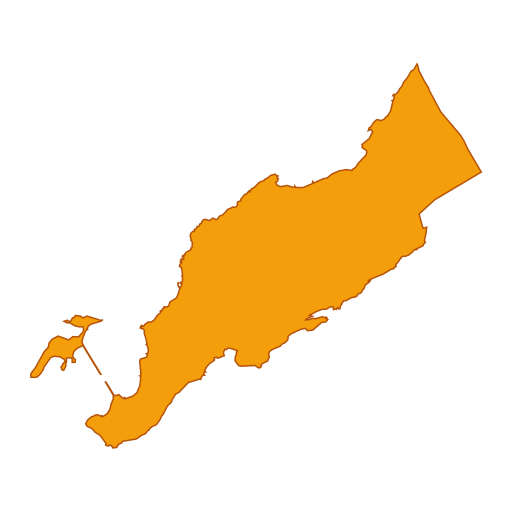 outline of Frosta nor, Nord-Trøndelag, Norway
{"feature_id": "86288312B77000887435239", "entity_name": "Frosta nor", "entity_type": "district", "adm_level": 2, "iso_a3": "NOR", "parent_name": "Norway", "parent_adm1": "Nord-Trøndelag", "projection": "orthographic", "projection_center": [10.738, 63.607], "detail": "fine", "context": "isolated", "style": "filled", "palette": "amber", "viewbox_px": 512, "rotation_deg": 0, "n_neighbors": 0, "source": "geoboundaries", "source_scale": "gbopen_adm2", "svg_char_len": 6033}
<svg xmlns="http://www.w3.org/2000/svg" viewBox="0 0 512 512"><path d="M425.3,242.6L424.4,240.2L425.9,233.8L426.7,227.2L423.4,228.2L422.5,226.7L419.1,214.0L434.8,199.7L481.3,172.1L467.7,148.9L464.1,141.1L460.5,135.2L440.9,112.1L429.1,90.1L428.6,88.0L424.4,81.2L419.0,70.8L417.7,65.4L417.0,64.0L413.5,70.0L411.1,71.2L407.3,77.8L403.7,82.1L401.9,86.4L399.5,89.0L398.8,90.8L395.6,94.6L393.8,94.3L393.0,95.3L392.8,95.7L393.9,95.6L394.2,96.4L393.8,99.2L393.3,100.3L392.0,100.6L392.8,101.7L390.6,110.9L387.5,116.0L386.1,116.7L384.1,119.3L380.2,120.8L379.2,119.9L376.7,119.7L373.9,122.1L371.2,126.3L368.7,128.3L369.0,129.2L368.3,130.6L371.2,129.5L372.7,131.7L369.2,138.6L361.9,144.6L362.5,145.5L362.1,147.6L366.5,150.6L366.8,152.3L366.0,155.0L358.2,163.3L355.6,167.4L352.4,169.5L352.1,170.5L346.2,169.6L339.0,170.9L332.0,174.0L326.9,178.1L323.8,178.5L313.7,183.0L313.2,183.0L312.7,181.4L312.5,181.7L313.1,183.3L303.0,187.6L295.8,187.4L294.9,186.2L295.0,187.2L294.8,187.4L292.8,187.2L287.3,185.5L280.6,186.6L278.8,186.1L276.8,184.7L275.6,182.2L277.4,181.4L278.3,178.8L277.5,178.4L277.0,177.0L278.7,175.5L277.2,176.2L275.1,174.1L270.5,175.5L267.5,178.1L265.2,179.0L264.2,180.4L259.3,182.3L254.2,187.5L251.2,189.0L250.7,190.7L249.6,192.1L248.8,191.6L249.6,191.0L249.2,190.6L246.3,194.1L244.7,194.5L241.2,198.7L240.5,200.1L240.8,200.9L237.8,201.8L237.2,203.6L237.6,204.8L236.2,206.8L234.3,207.4L233.4,206.9L227.3,209.6L226.2,211.4L222.2,215.2L219.6,216.0L217.1,219.4L215.6,219.5L213.1,218.1L209.2,220.6L205.0,219.3L202.7,220.3L201.0,223.7L199.9,223.9L199.0,226.2L197.1,226.6L196.1,228.8L194.4,229.4L194.7,230.5L194.2,231.5L192.8,231.3L190.7,233.6L190.1,236.4L190.8,237.6L190.9,240.4L192.2,241.9L192.3,244.3L191.9,247.8L190.8,248.2L191.0,249.6L186.4,252.2L185.0,253.7L184.5,255.5L183.0,255.3L182.4,256.5L183.7,256.2L183.2,257.8L183.7,258.0L183.5,259.4L181.3,259.0L180.5,259.9L180.9,260.5L180.4,261.9L181.6,261.6L181.9,262.3L179.9,264.6L179.5,266.5L181.1,267.0L181.8,269.3L182.6,275.0L182.5,275.8L181.9,275.9L182.5,277.1L182.4,278.7L182.7,279.7L182.3,281.4L179.9,282.9L182.0,283.6L180.2,288.1L178.8,286.7L178.1,284.7L178.0,283.4L178.5,282.4L177.8,283.0L178.1,285.5L178.6,286.6L179.8,288.3L178.4,293.4L176.5,297.8L169.8,302.1L168.9,305.6L167.1,307.0L163.9,306.9L164.0,307.9L162.1,309.3L162.3,309.8L162.1,310.7L160.4,310.8L160.2,311.3L160.6,311.8L160.2,313.0L157.3,315.3L154.5,319.7L151.1,322.1L148.2,322.0L145.2,324.1L143.6,326.3L141.8,325.3L140.5,326.7L140.3,327.8L141.4,327.3L141.2,328.3L141.6,328.7L143.3,328.9L144.3,330.3L144.4,332.3L144.1,332.8L146.0,338.9L146.9,343.7L146.2,344.5L147.1,344.9L148.1,348.7L148.3,350.9L147.7,353.4L146.3,353.8L147.5,354.7L146.7,357.2L140.6,359.0L139.8,360.5L139.7,362.9L140.4,366.2L140.2,368.6L140.6,369.2L140.8,373.0L140.7,375.7L139.9,375.9L140.7,376.5L140.4,381.2L139.7,386.0L136.9,392.7L132.9,396.1L125.5,398.7L124.7,397.4L124.3,397.8L124.7,398.4L124.2,398.7L122.1,397.7L118.8,394.6L117.3,395.4L114.1,395.4L106.7,383.2L105.0,381.4L113.4,395.4L113.2,399.1L110.9,404.7L110.4,407.4L109.4,410.2L107.2,413.7L103.0,416.5L101.8,416.5L102.3,416.0L102.0,415.6L100.8,416.0L97.7,414.8L94.9,415.1L93.7,416.2L91.7,416.6L87.9,419.7L85.6,423.8L87.3,426.4L91.8,428.4L95.1,432.2L100.0,435.3L105.7,442.9L106.1,444.1L105.6,444.6L105.9,445.4L108.5,446.0L110.1,444.9L112.0,446.3L112.9,448.0L116.6,447.4L117.7,446.0L118.2,444.5L121.4,443.1L122.7,441.3L136.2,439.0L141.9,435.1L145.2,433.9L148.0,430.4L149.1,430.1L149.5,428.7L152.5,426.4L156.3,424.7L160.1,419.5L161.9,415.5L163.0,414.6L167.4,406.0L171.2,402.3L171.9,400.9L171.8,400.4L175.6,394.1L178.9,392.4L188.3,382.6L199.0,379.2L200.8,379.4L200.9,378.2L202.7,375.2L204.5,375.2L203.7,374.3L203.7,373.5L204.4,372.4L205.6,372.0L204.4,371.2L205.8,368.7L205.7,368.1L209.2,363.9L214.4,360.3L214.6,359.6L214.0,359.1L214.1,357.8L216.2,357.3L217.7,358.2L224.3,355.7L223.6,353.8L223.6,351.8L225.0,349.2L226.4,349.7L227.6,348.2L229.9,348.2L237.4,350.6L236.3,352.2L236.7,353.5L235.4,356.5L235.1,360.8L238.6,365.6L241.4,366.2L255.0,365.5L258.5,367.9L260.4,367.6L261.4,366.2L260.8,365.6L261.7,364.0L267.9,360.8L267.8,360.2L269.3,357.0L269.1,355.5L268.5,354.9L269.4,351.6L272.3,349.5L280.2,346.2L281.9,344.1L284.7,342.9L287.6,340.0L288.1,338.0L288.0,336.4L291.1,333.8L300.4,329.5L304.7,328.4L306.5,329.3L307.3,330.7L312.8,330.1L321.5,322.6L326.0,321.8L327.8,319.6L326.6,319.1L327.1,318.1L326.7,317.6L325.8,317.8L325.7,317.2L324.7,317.9L322.8,316.6L315.3,318.8L313.1,318.2L308.9,319.7L305.6,319.8L306.3,318.9L312.3,316.2L309.3,315.5L309.9,315.0L316.9,311.3L322.4,309.2L326.1,309.2L330.5,306.8L333.4,307.0L333.3,309.2L333.6,309.7L335.7,308.9L336.4,309.4L337.5,307.6L338.9,309.0L339.9,308.8L340.7,305.3L341.8,304.3L341.5,303.8L343.9,300.6L345.8,300.8L352.1,297.3L354.6,297.3L357.2,295.8L357.5,294.4L361.2,292.7L362.8,289.7L363.8,289.0L365.3,285.0L369.3,282.0L369.9,281.1L368.3,281.8L368.2,281.0L369.9,279.4L383.0,274.2L390.7,269.5L393.9,268.6L394.1,267.4L396.1,266.6L396.2,266.1L395.6,265.7L395.7,264.5L398.4,261.8L399.6,259.5L400.9,258.4L400.6,257.8L400.9,257.5L403.2,256.2L405.1,256.4L408.7,255.0L412.3,252.2L413.8,250.1L416.5,249.5L415.9,249.1L422.9,245.9L423.7,244.1L425.3,242.6ZM80.3,316.1L75.3,315.5L74.1,317.5L72.4,317.9L71.1,320.7L69.7,321.7L67.3,320.2L64.0,321.3L66.7,322.7L70.5,323.1L74.5,325.7L79.5,326.9L82.8,326.7L83.5,328.7L83.3,331.5L78.5,336.9L72.9,336.6L68.7,339.9L58.2,336.1L52.4,339.0L49.1,342.9L48.2,347.4L44.4,351.4L35.4,367.7L31.5,372.7L30.7,375.1L31.0,377.3L36.0,377.3L38.0,376.3L40.7,373.5L43.3,369.4L44.2,366.8L50.7,357.5L54.4,356.2L59.8,356.8L63.6,358.9L64.8,360.4L65.0,362.2L63.9,362.6L61.0,367.2L62.3,370.2L63.7,370.3L65.8,366.2L65.9,363.4L66.6,361.2L66.2,358.5L68.3,357.7L71.1,358.0L72.1,358.7L72.2,362.4L75.1,362.3L75.4,359.5L73.8,358.3L72.6,355.9L73.8,351.5L77.4,348.2L82.4,345.8L83.2,346.1L100.3,374.2L100.9,374.2L84.5,347.4L82.1,342.9L82.0,341.8L83.0,337.4L85.2,332.0L86.9,329.0L88.3,329.8L87.0,329.0L88.4,325.9L91.7,323.9L100.2,321.4L102.1,320.5L102.2,320.1L101.2,320.5L87.0,316.1L83.1,317.9L80.3,316.1Z" fill="#f59e0b" stroke="#b45309" stroke-width="1.5"/></svg>